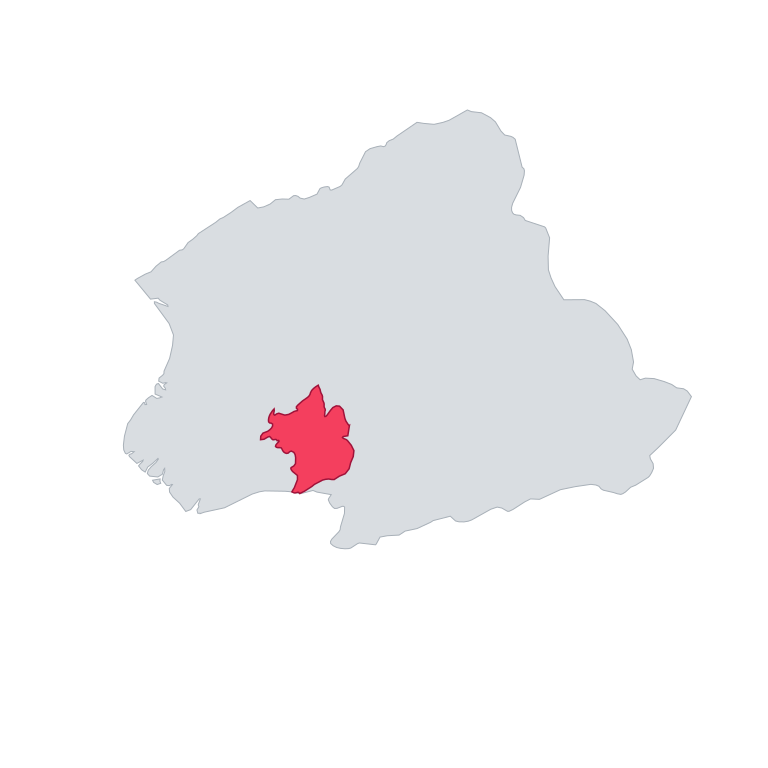 Benue on a map of Nigeria (Equal Earth projection), rotated 54°
{"feature_id": "NGA-2846", "entity_name": "Benue", "entity_type": "State", "adm_level": 1, "iso_a3": "NGA", "parent_name": "Nigeria", "parent_adm1": "", "projection": "equal_earth", "projection_center": [8.494, 7.276], "detail": "fine", "context": "in_parent", "style": "filled", "palette": "rose", "viewbox_px": 768, "rotation_deg": 54, "n_neighbors": 0, "source": "natural_earth", "source_scale": "10m", "svg_char_len": 5597}
<svg xmlns="http://www.w3.org/2000/svg" viewBox="0 0 768 768"><g transform="rotate(54 384 384)"><path d="M574.9,142.7L592.7,175.1L596.6,199.2L598.1,211.1L601.1,212.5L606.6,213.1L610.6,215.5L613.0,219.5L614.5,223.2L614.8,225.3L613.8,239.8L612.5,245.1L613.3,252.2L613.1,255.3L612.5,257.3L610.0,259.7L606.7,262.1L598.8,269.0L596.5,270.0L593.1,270.2L590.3,271.9L586.8,275.6L579.5,289.5L573.2,303.4L568.7,326.0L563.1,333.0L562.1,339.3L561.3,353.4L560.5,357.7L559.6,358.9L553.6,361.6L550.1,364.8L548.1,371.2L545.5,393.0L544.5,396.5L542.6,400.3L539.5,404.4L536.9,406.6L529.9,408.1L523.4,424.5L523.3,427.3L520.4,442.2L515.4,453.4L515.1,460.6L508.7,470.5L505.5,477.2L508.9,484.3L509.1,485.4L498.2,497.3L497.6,499.1L497.2,507.3L496.3,509.5L494.3,512.5L491.4,515.8L488.4,518.4L485.0,520.2L481.7,520.9L479.9,519.8L478.8,517.3L477.0,507.3L476.1,505.1L474.0,503.2L465.5,492.1L460.4,488.2L459.3,488.5L458.5,489.5L457.0,495.1L455.6,497.2L452.9,497.9L448.3,497.9L444.9,497.1L444.1,496.0L442.5,491.7L432.0,501.8L428.4,504.0L423.7,515.9L417.1,521.9L412.6,527.1L400.4,543.3L398.0,548.1L395.6,555.2L390.4,585.8L382.0,604.9L380.8,609.0L380.4,608.8L379.2,610.6L376.0,609.4L374.5,605.9L372.5,605.3L369.0,600.1L368.3,601.0L372.0,614.2L370.6,619.3L360.3,619.4L351.5,621.2L345.4,621.0L342.3,619.1L341.0,614.2L340.4,614.7L340.1,617.4L338.2,619.4L331.4,619.8L328.4,616.5L325.9,612.7L323.3,611.0L323.7,612.6L326.7,616.3L326.3,621.6L320.8,627.7L317.3,628.1L315.2,625.4L314.1,621.1L313.5,614.7L312.1,610.6L311.3,610.6L312.2,617.5L312.3,623.9L314.9,629.0L310.9,630.5L306.0,630.7L305.4,628.8L304.8,624.7L304.0,623.6L303.0,630.6L293.1,632.6L291.7,632.3L291.4,631.0L292.1,629.1L291.9,625.9L289.8,628.3L289.4,633.2L288.1,634.0L284.4,633.3L280.3,630.8L273.6,624.6L265.4,614.6L264.1,610.1L261.7,604.6L257.5,589.4L258.3,588.7L260.2,589.5L261.1,588.1L257.7,587.0L257.0,585.9L256.7,582.6L256.9,578.4L262.1,576.3L263.3,573.8L264.0,571.3L257.6,575.1L251.6,570.8L250.4,568.2L251.0,566.2L257.9,566.0L260.4,564.1L258.9,563.4L256.2,563.5L255.3,562.2L255.4,559.1L254.5,559.8L253.4,562.5L249.3,564.6L247.0,562.5L246.8,558.0L246.3,556.0L244.3,554.4L237.3,542.4L228.5,532.4L220.6,525.5L208.8,522.3L183.9,522.4L182.5,521.4L184.1,519.9L186.3,518.8L194.3,513.2L192.9,512.5L184.6,516.0L181.8,516.3L178.1,523.0L153.6,524.5L153.7,521.4L154.8,512.6L156.3,506.5L154.7,499.2L154.3,492.5L155.4,490.4L155.7,487.9L155.6,470.8L156.9,468.3L156.9,466.5L154.4,459.3L154.5,453.7L154.0,448.3L153.2,445.8L154.3,425.0L154.0,419.8L154.8,416.2L155.3,407.2L155.2,398.4L156.9,384.5L167.4,382.7L170.0,377.2L171.5,370.3L171.1,363.5L174.5,357.6L178.6,352.3L178.5,346.5L179.6,344.7L181.6,343.3L184.3,342.6L187.5,339.8L189.2,334.7L191.0,326.6L188.3,321.0L188.4,319.7L189.4,316.7L191.1,313.6L192.4,312.7L195.4,313.5L196.4,312.2L198.4,303.3L198.2,300.9L195.4,294.9L194.0,278.8L193.2,276.7L191.0,273.7L185.2,262.4L185.4,257.0L187.9,250.1L189.5,246.7L191.7,244.9L192.2,243.3L191.5,241.4L190.4,239.9L190.2,236.8L191.3,232.5L191.0,227.8L191.7,203.5L196.5,198.7L203.4,190.8L207.0,182.5L208.9,176.3L211.3,155.5L215.0,153.2L221.9,145.7L231.3,141.2L237.4,139.8L248.1,140.7L253.5,140.0L258.1,135.9L260.2,134.7L263.1,134.0L289.7,144.8L292.1,144.3L294.1,145.1L297.4,147.9L305.2,158.0L313.4,173.6L316.0,176.9L318.5,178.7L321.1,179.4L323.1,179.1L325.0,177.6L327.6,174.7L331.5,173.3L334.7,173.6L351.3,161.7L352.9,161.5L363.1,164.1L377.0,176.1L388.3,183.9L396.3,186.5L405.7,188.4L421.6,189.0L433.6,172.2L438.1,168.5L443.4,165.2L454.6,162.1L473.2,159.9L490.6,160.9L501.5,163.7L512.9,169.2L517.9,174.5L525.6,175.3L531.1,174.3L532.9,169.1L538.4,162.3L546.7,155.9L553.5,151.5L559.1,149.5L564.0,144.4L568.0,142.8L574.9,142.7ZM332.0,626.6L328.2,628.2L325.8,627.8L329.2,620.9L330.9,622.4L333.1,623.0L332.0,626.6Z" fill="#d9dde1" stroke="#a8b0b8" stroke-width="1"/><path d="M423.1,516.5L422.7,516.5L421.5,516.8L420.9,517.5L420.0,519.8L419.4,520.6L418.6,521.1L417.1,521.9L416.3,520.2L415.2,517.5L410.5,510.2L407.1,507.8L401.0,509.4L398.8,509.4L397.7,509.1L397.0,508.3L397.3,505.1L396.4,502.4L391.7,498.8L388.9,497.4L386.3,497.1L383.8,498.4L383.3,500.1L383.6,502.1L382.9,503.6L381.7,504.5L380.0,505.1L378.3,505.1L376.7,504.8L375.2,504.7L374.1,505.9L373.0,507.4L371.9,508.3L370.6,508.4L369.7,507.1L369.2,505.3L368.9,503.3L368.5,502.5L367.7,502.4L367.5,502.9L367.1,503.8L366.2,503.7L365.3,504.0L363.9,506.6L362.4,507.1L360.8,507.1L359.2,507.4L358.6,509.1L358.2,513.5L356.5,516.6L353.8,514.4L352.6,510.8L353.9,505.9L353.9,503.4L353.5,500.9L352.5,498.8L350.9,497.7L349.5,498.2L348.3,499.4L346.8,499.6L345.3,498.7L343.8,497.3L342.5,495.6L341.5,493.8L340.0,489.7L339.6,487.6L341.1,488.5L342.8,490.4L344.0,491.1L345.0,490.7L345.1,488.3L345.8,486.3L350.9,482.5L352.6,478.9L353.2,474.7L353.3,473.1L353.8,471.6L354.6,469.7L353.6,468.8L352.1,469.1L350.9,468.2L350.4,466.1L349.8,459.9L349.9,453.8L349.7,452.0L349.0,450.1L347.8,448.5L346.7,446.3L346.2,443.6L346.1,440.9L346.3,437.9L348.3,438.5L350.8,438.9L352.6,439.7L354.0,440.2L356.7,440.6L358.0,441.1L360.0,442.6L360.6,443.0L363.9,443.7L365.0,444.2L367.0,445.7L368.3,446.2L369.5,446.3L370.6,446.8L371.5,448.0L373.3,449.4L374.3,450.4L374.7,450.7L375.2,450.9L375.5,451.0L376.0,450.1L375.7,448.3L373.9,442.9L373.0,439.2L373.6,435.5L375.8,433.0L380.9,432.3L388.7,435.8L391.6,436.6L395.8,436.8L397.2,436.6L397.2,436.3L404.6,443.7L402.5,447.9L402.9,449.1L404.2,448.8L406.8,447.2L408.3,446.8L414.3,446.5L420.2,447.5L424.6,451.5L428.1,457.3L432.1,462.1L433.8,468.1L432.3,474.4L432.0,480.5L430.3,482.7L428.4,484.5L426.8,487.2L425.6,490.2L424.3,499.3L424.5,502.6L424.0,511.4L423.1,516.4L423.1,516.5L423.1,516.5Z" fill="#f43f5e" stroke="#9f1239" stroke-width="1.5"/></g></svg>